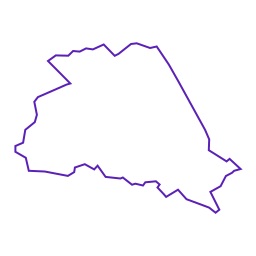 Wyoming, West Virginia, United States of America (Albers equal-area conic projection)
{"feature_id": "52423323B33897242247324", "entity_name": "Wyoming", "entity_type": "district", "adm_level": 2, "iso_a3": "USA", "parent_name": "United States of America", "parent_adm1": "West Virginia", "projection": "albers", "projection_center": [-81.547, 37.602], "detail": "fine", "context": "isolated", "style": "outline", "palette": "violet", "viewbox_px": 256, "rotation_deg": 0, "n_neighbors": 0, "source": "geoboundaries", "source_scale": "gbopen_adm2", "svg_char_len": 860}
<svg xmlns="http://www.w3.org/2000/svg" viewBox="0 0 256 256"><path d="M209.1,207.6L215.6,212.7L219.3,209.7L210.4,191.9L220.6,186.2L225.9,176.0L232.0,172.8L234.1,170.8L240.6,169.0L229.6,158.9L226.6,161.4L208.8,150.2L209.2,139.4L205.1,129.9L178.5,81.6L168.8,64.5L156.7,46.5L150.1,48.0L136.7,43.3L131.0,44.0L118.5,53.9L114.7,55.8L103.7,44.5L92.9,49.4L86.1,48.4L79.7,51.6L73.1,51.0L68.3,55.7L55.8,55.4L48.0,61.0L64.1,77.2L70.3,83.5L66.5,84.6L37.9,97.1L34.3,101.8L36.9,114.8L34.8,122.1L25.3,129.8L23.1,142.7L15.4,146.0L15.4,151.8L25.8,157.8L28.8,170.8L44.7,171.5L67.9,175.9L74.2,172.1L74.9,167.5L84.8,164.2L94.2,169.4L97.6,165.7L105.6,176.9L120.4,178.5L122.8,177.5L132.0,184.7L135.4,183.7L143.0,185.5L145.3,182.3L155.9,181.3L159.6,184.5L157.5,187.5L163.9,194.3L166.1,196.9L178.0,189.7L186.5,199.2L209.1,207.6Z" fill="none" stroke="#5b21b6" stroke-width="2"/></svg>